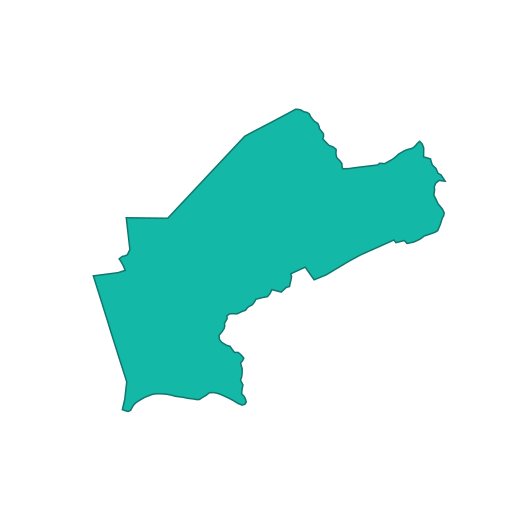 São Gonçalo do Amarante, Ceará, Brazil, rotated 142°
{"feature_id": "56859067B19519417683634", "entity_name": "São Gonçalo do Amarante", "entity_type": "district", "adm_level": 2, "iso_a3": "BRA", "parent_name": "Brazil", "parent_adm1": "Ceará", "projection": "natural_earth1", "projection_center": [-39.073, -3.592], "detail": "fine", "context": "isolated", "style": "filled", "palette": "teal", "viewbox_px": 512, "rotation_deg": 142, "n_neighbors": 0, "source": "geoboundaries", "source_scale": "gbopen_adm2", "svg_char_len": 2661}
<svg xmlns="http://www.w3.org/2000/svg" viewBox="0 0 512 512"><g transform="rotate(142 256 256)"><path d="M455.9,217.2L454.0,214.2L452.5,212.2L449.9,211.6L447.5,212.6L444.4,213.9L441.0,214.3L438.0,214.1L433.6,213.6L430.1,213.0L427.0,212.0L423.4,211.0L419.6,209.0L417.7,207.5L414.8,205.1L412.9,203.4L410.9,201.4L408.4,198.5L406.0,195.2L404.0,193.1L402.0,191.1L400.0,189.0L397.2,185.7L392.8,181.3L390.9,179.1L388.8,177.7L386.1,177.6L383.3,177.2L380.7,176.9L377.2,177.0L373.7,174.7L371.2,171.9L368.6,167.8L365.1,161.0L362.8,155.9L361.0,151.0L358.8,147.1L356.0,146.0L353.6,146.9L352.1,150.5L351.8,153.1L352.2,156.2L349.0,159.6L345.7,162.4L344.6,167.8L342.2,169.2L339.8,171.4L336.3,175.6L335.1,178.7L333.9,181.3L331.1,181.7L328.5,183.0L328.6,186.9L329.4,191.0L332.3,193.3L332.3,197.5L332.0,200.8L334.0,203.5L335.0,205.9L336.2,209.2L336.2,212.7L334.0,216.2L329.2,217.3L325.7,218.5L323.6,220.2L322.2,222.5L319.8,223.3L317.3,224.4L315.9,226.7L312.4,226.7L309.8,224.8L306.6,222.1L301.6,221.0L297.7,219.7L294.3,220.6L292.0,220.5L289.3,219.8L285.5,220.7L282.6,222.0L279.8,220.7L277.4,219.7L274.5,218.2L271.9,216.9L268.1,217.8L264.2,219.7L258.3,212.0L251.4,212.6L248.4,211.3L246.2,213.2L243.3,215.5L240.6,217.9L239.6,220.5L235.8,219.7L231.6,218.7L228.6,218.0L224.1,216.9L224.9,201.5L212.3,197.9L198.2,196.2L186.1,194.7L172.9,192.5L137.5,183.7L137.5,180.3L129.6,176.9L129.3,172.9L123.0,169.8L117.4,168.5L115.1,168.2L111.1,168.2L108.1,167.1L105.6,166.2L100.3,164.5L97.2,164.1L91.5,167.3L85.8,171.2L83.3,172.2L81.1,174.2L80.2,178.4L80.3,181.1L80.4,185.3L79.2,190.1L78.4,194.4L74.5,198.2L73.0,200.7L69.7,202.7L65.2,202.8L60.9,198.5L60.3,206.1L61.6,209.0L60.3,214.2L61.0,219.2L59.9,222.3L58.7,225.1L60.5,227.6L62.9,231.0L60.9,233.4L57.3,237.9L56.1,241.8L56.4,245.6L59.5,245.4L62.3,244.8L64.9,244.5L67.5,245.0L70.4,246.4L74.2,247.6L78.1,248.1L80.6,248.5L83.0,248.3L86.8,248.1L89.7,248.3L92.1,248.7L94.8,249.1L97.8,249.6L99.6,251.3L101.6,253.0L104.0,252.8L124.4,265.1L128.7,267.5L134.0,271.4L132.9,273.9L131.4,275.9L131.3,279.5L131.8,283.9L130.1,287.3L127.2,290.7L128.1,294.5L130.4,298.3L130.7,301.2L131.0,304.0L131.3,307.1L129.1,308.7L127.6,310.7L127.6,313.8L127.6,317.2L126.4,319.6L125.7,322.3L127.1,326.4L127.3,331.4L126.5,335.3L127.4,337.7L129.6,340.4L130.5,343.1L132.3,345.4L134.3,347.2L158.5,351.4L182.3,355.8L191.1,357.3L214.6,353.7L302.3,340.1L334.7,366.0L351.5,338.6L353.8,337.6L356.5,336.2L359.2,336.8L361.6,338.0L365.6,338.0L365.8,334.9L366.2,332.0L366.8,329.1L367.9,325.2L375.0,327.8L396.4,340.5L412.9,296.4L417.5,284.5L418.8,280.9L428.1,256.0L432.7,243.5L435.4,236.3L439.7,232.0L447.4,224.1L455.9,217.2Z" fill="#14b8a6" stroke="#0f766e" stroke-width="1.5"/></g></svg>